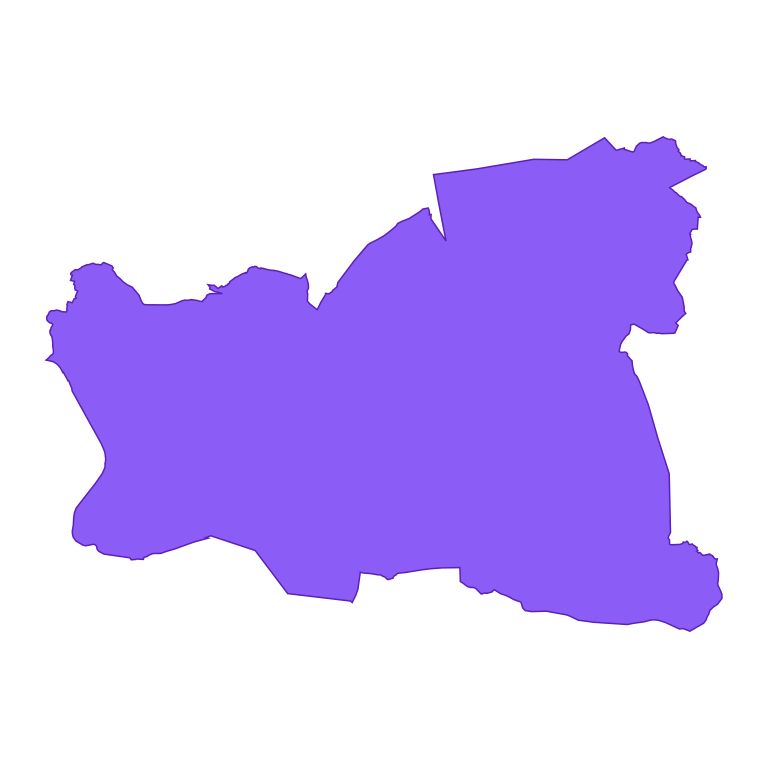 Ecuandureo, Michoacán, Mexico
{"feature_id": "50627088B9603081712200", "entity_name": "Ecuandureo", "entity_type": "district", "adm_level": 2, "iso_a3": "MEX", "parent_name": "Mexico", "parent_adm1": "Michoacán", "projection": "albers", "projection_center": [-102.25, 20.161], "detail": "fine", "context": "isolated", "style": "filled", "palette": "violet", "viewbox_px": 768, "rotation_deg": 0, "n_neighbors": 0, "source": "geoboundaries", "source_scale": "gbopen_adm2", "svg_char_len": 6037}
<svg xmlns="http://www.w3.org/2000/svg" viewBox="0 0 768 768"><path d="M689.8,631.2L703.7,623.2L706.1,619.9L707.3,616.5L708.7,614.1L709.9,610.4L713.4,607.0L717.5,604.3L721.9,598.5L721.9,594.3L721.0,591.8L718.1,585.5L717.7,583.3L718.2,580.7L718.6,572.8L717.7,568.7L716.1,564.3L717.3,558.9L715.3,559.0L714.3,558.2L713.0,556.3L712.7,556.4L712.6,555.9L711.5,555.1L710.4,555.0L709.5,554.5L709.5,554.0L707.3,554.6L706.0,554.7L705.9,555.1L702.6,555.3L700.6,553.1L699.6,552.5L698.8,553.0L696.8,551.5L697.9,550.6L696.8,549.1L697.1,547.4L696.0,547.4L695.5,546.4L693.4,545.2L692.3,544.0L689.2,544.6L687.7,541.8L687.0,541.2L685.4,542.3L684.4,542.5L683.3,542.0L683.2,542.6L682.4,543.6L679.8,544.4L671.0,544.8L669.6,544.1L669.5,539.9L668.1,537.9L668.4,536.8L670.5,532.5L669.2,473.7L657.8,438.0L648.4,405.0L639.3,381.2L637.1,376.7L636.3,375.6L634.4,373.7L632.6,366.7L632.0,360.6L630.3,359.1L629.2,357.6L627.6,356.1L627.5,353.7L626.4,352.5L625.1,352.0L622.0,352.4L620.7,352.2L619.4,351.7L619.2,350.9L620.6,344.4L621.9,341.8L626.1,336.1L628.9,334.0L630.4,329.8L630.7,324.8L634.2,324.2L644.6,330.1L648.3,332.6L650.6,332.9L651.4,332.7L654.1,332.6L656.5,333.3L659.3,333.2L661.7,333.7L673.4,333.3L674.9,333.0L678.2,325.5L675.7,322.9L684.0,314.9L685.8,313.4L684.2,311.1L684.1,306.7L682.3,297.3L677.7,290.6L675.0,285.1L673.9,283.6L673.7,282.0L686.6,260.5L687.2,260.0L687.9,259.9L686.2,254.3L688.5,252.6L690.7,252.0L690.6,249.1L691.7,245.1L692.0,243.4L691.5,240.3L690.7,237.9L690.1,234.8L690.7,234.3L690.2,233.8L690.0,233.2L692.1,229.5L694.5,229.0L697.3,229.1L698.2,217.2L700.5,217.3L699.5,215.0L698.4,214.0L696.6,210.7L695.8,207.8L694.0,206.7L691.6,204.7L689.9,203.7L687.0,202.5L685.7,201.2L685.5,200.5L681.6,196.7L679.5,196.1L676.1,192.6L674.8,192.1L673.2,190.3L670.1,188.1L669.7,187.5L691.7,176.1L705.8,169.2L706.2,168.5L706.1,167.1L706.1,166.7L704.2,167.0L702.9,165.6L700.5,164.5L698.1,162.5L695.5,161.6L695.5,160.5L690.2,160.9L690.1,158.9L684.7,159.2L684.5,156.7L682.8,156.4L681.6,155.5L681.0,155.7L680.8,154.9L681.0,154.4L680.0,152.7L678.2,151.5L678.8,150.6L679.0,149.8L677.0,147.4L675.8,143.8L675.5,140.8L672.2,139.2L670.8,139.0L669.8,139.4L668.4,139.3L664.9,137.9L663.2,136.8L654.0,141.5L650.1,143.0L648.2,143.0L645.8,142.5L641.3,142.6L639.5,143.3L636.4,146.2L634.2,151.2L633.2,152.0L632.0,151.8L624.3,149.3L624.3,148.0L616.2,150.3L604.6,137.8L567.2,159.8L533.8,159.3L476.9,168.9L433.5,174.6L438.8,203.7L446.0,241.0L430.9,218.8L431.1,214.5L429.4,214.8L429.4,213.8L429.6,213.7L429.1,210.4L428.2,208.0L422.9,209.0L419.8,211.7L409.2,218.5L401.9,221.3L397.8,223.4L396.0,226.1L391.1,230.3L384.3,235.6L377.2,239.7L370.3,243.1L367.7,244.9L354.3,260.6L337.9,282.5L336.8,287.0L332.6,290.5L332.3,291.5L328.8,293.8L325.5,293.4L325.5,294.7L320.9,302.2L317.2,309.7L309.9,304.0L307.4,301.2L307.7,294.1L307.1,291.4L307.1,290.9L308.3,288.7L308.5,287.4L308.3,284.1L307.2,279.8L306.2,277.1L305.7,273.9L301.2,278.2L300.1,278.4L289.8,274.6L288.3,274.4L286.3,273.5L285.5,273.5L277.7,271.1L273.9,270.4L270.9,270.2L267.6,269.6L262.4,268.2L261.9,268.4L260.9,267.9L260.2,268.8L259.0,268.2L258.2,268.2L256.3,266.5L254.6,266.4L253.8,267.1L253.0,267.3L252.7,266.8L250.1,267.6L248.5,268.9L247.2,272.3L246.2,273.2L245.7,273.2L245.6,272.6L242.0,274.0L237.1,276.8L235.4,277.4L229.6,281.9L229.4,283.3L227.6,284.2L227.4,285.2L226.1,285.4L224.6,286.6L222.5,286.9L221.8,285.8L218.1,288.4L217.3,288.1L217.0,287.5L214.0,285.2L212.0,285.3L208.0,284.7L210.1,287.3L209.6,288.9L214.8,291.6L217.5,292.1L222.4,293.6L210.1,293.6L207.2,295.0L206.4,296.1L206.2,297.4L203.4,300.0L202.3,301.5L199.6,301.2L197.4,300.5L191.6,299.6L187.5,300.3L184.7,300.1L181.7,300.9L175.6,303.6L170.2,304.6L166.4,304.9L148.0,304.8L144.1,304.5L142.6,303.2L141.4,301.3L139.0,295.2L132.3,287.2L127.3,284.8L122.8,281.6L120.4,278.9L116.7,276.0L114.6,272.3L112.2,269.6L113.2,268.0L111.9,265.9L103.7,262.5L102.4,263.3L101.3,264.9L97.6,264.3L96.6,264.5L94.6,264.0L93.1,263.2L88.5,264.7L87.0,264.7L82.0,266.8L81.3,267.7L78.0,269.8L75.3,269.6L71.2,272.6L70.8,273.4L70.9,274.7L72.4,275.1L70.5,280.4L74.6,281.4L73.7,284.4L75.0,285.8L74.8,288.2L75.2,289.9L77.7,290.8L75.4,296.4L76.2,298.2L74.3,298.6L72.2,302.7L68.0,301.6L66.8,304.7L67.4,305.7L66.9,307.4L66.9,310.6L66.5,311.9L62.1,311.8L59.7,310.7L56.5,310.1L53.9,310.7L51.2,310.8L49.4,311.9L48.4,314.4L46.9,316.3L46.7,318.3L47.0,320.1L47.8,321.2L48.8,322.0L50.0,322.9L51.7,323.3L52.7,324.5L52.4,325.7L51.1,327.5L50.7,329.6L49.9,330.4L50.0,333.0L50.9,335.4L51.7,336.3L52.2,338.1L52.8,343.7L52.7,346.2L53.4,350.3L53.4,352.0L53.1,353.4L52.5,354.5L50.9,355.3L48.6,358.0L46.1,360.1L53.0,361.6L56.4,363.6L58.1,365.2L60.3,367.8L62.9,372.6L63.3,372.2L67.7,380.1L67.7,380.7L68.9,381.2L69.2,381.6L69.7,383.5L71.6,387.8L72.2,391.1L101.2,443.5L104.1,450.2L105.0,453.1L105.7,459.2L105.4,462.1L104.9,463.9L105.1,464.9L105.0,466.9L104.1,469.5L102.0,474.0L95.4,483.4L76.9,507.1L76.1,508.3L74.5,512.6L73.7,517.7L73.3,525.2L72.3,531.0L72.5,534.3L73.2,537.1L75.9,541.0L82.7,545.0L85.6,545.8L92.7,544.4L94.2,544.4L95.1,544.7L96.5,546.1L97.1,549.1L98.0,550.6L99.1,551.5L104.0,554.1L129.3,557.7L130.3,558.3L131.3,559.8L135.4,559.5L136.7,559.0L143.4,559.4L144.0,557.3L146.8,556.6L149.9,554.7L153.1,553.5L160.9,553.4L166.0,551.5L174.6,549.0L194.0,542.0L208.1,538.2L205.9,537.6L210.8,535.8L255.2,550.5L287.7,593.6L350.4,601.0L352.2,602.5L355.8,595.2L357.9,589.3L360.3,572.2L363.1,573.0L370.8,573.6L377.8,574.8L380.6,574.9L383.2,576.5L384.5,576.7L387.5,579.5L388.7,579.5L393.1,578.1L393.1,577.6L394.1,576.0L395.9,575.0L397.7,573.3L406.0,572.4L421.9,569.8L430.2,568.8L441.6,567.9L459.9,567.6L460.3,581.5L463.6,583.6L466.5,585.9L467.9,586.7L470.3,587.4L474.1,587.6L476.0,588.7L481.2,594.0L482.3,593.9L484.4,592.9L485.9,593.3L487.6,593.2L491.8,592.0L494.3,589.7L500.8,593.8L505.3,595.2L509.6,597.2L513.6,599.5L520.8,602.1L521.8,604.7L522.6,607.9L525.3,610.6L531.6,611.6L546.3,611.2L566.7,614.9L570.1,616.2L578.3,620.2L594.3,622.3L627.3,624.5L633.4,623.3L643.7,621.9L651.5,619.9L654.1,619.8L658.6,620.3L665.6,622.6L679.5,629.0L683.4,628.6L689.8,631.2Z" fill="#8b5cf6" stroke="#5b21b6" stroke-width="1.5"/></svg>